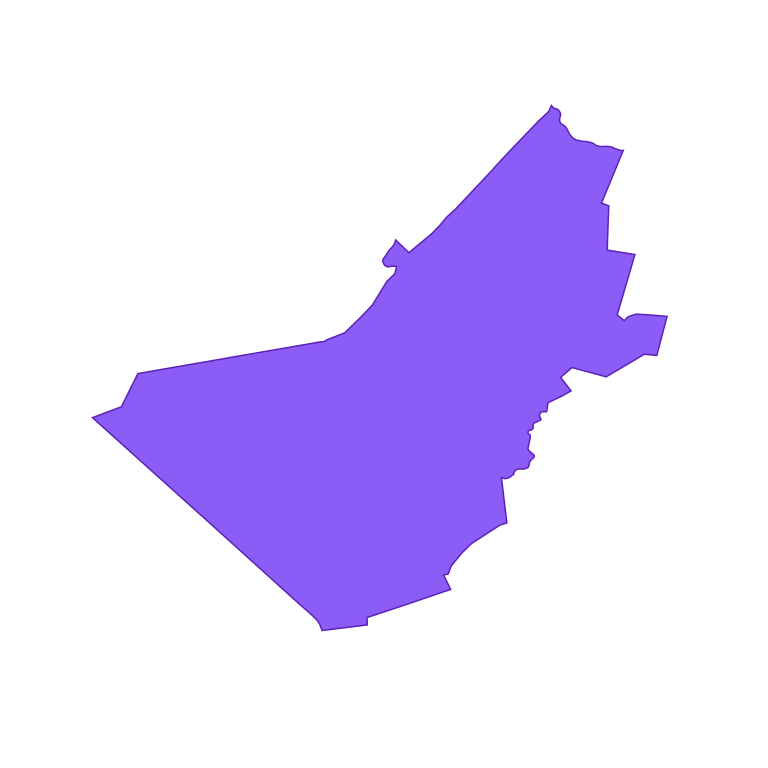 Olari, Arad, Romania (Robinson projection), rotated 346°
{"feature_id": "2599482B34473248507374", "entity_name": "Olari", "entity_type": "district", "adm_level": 2, "iso_a3": "ROU", "parent_name": "Romania", "parent_adm1": "Arad", "projection": "robinson", "projection_center": [21.573, 46.398], "detail": "fine", "context": "isolated", "style": "filled", "palette": "violet", "viewbox_px": 768, "rotation_deg": 346, "n_neighbors": 0, "source": "geoboundaries", "source_scale": "gbopen_adm2", "svg_char_len": 2660}
<svg xmlns="http://www.w3.org/2000/svg" viewBox="0 0 768 768"><g transform="rotate(346 384 384)"><path d="M469.6,548.6L470.6,541.0L470.7,540.0L471.6,532.7L475.3,503.5L476.6,504.1L478.1,505.0L479.9,505.3L482.0,505.2L484.2,504.6L486.4,503.6L488.1,502.7L488.7,501.4L489.9,500.3L490.7,499.3L491.9,499.2L493.3,499.1L494.8,499.1L495.9,499.3L497.1,500.0L498.7,500.3L501.6,500.2L503.3,499.9L504.4,499.1L506.4,495.0L508.5,493.2L510.6,492.1L511.9,491.2L512.5,490.2L512.4,489.4L511.7,488.3L511.2,487.6L510.7,486.8L508.3,483.5L508.0,481.5L510.8,475.9L513.1,471.1L513.5,469.2L513.1,468.2L512.2,467.3L511.8,466.5L512.3,465.4L512.7,464.5L513.9,464.2L516.0,464.2L517.5,463.5L517.9,463.1L518.3,462.2L518.6,460.7L518.7,459.6L520.0,458.4L521.7,457.7L523.3,457.7L525.0,457.3L527.1,456.9L527.8,456.1L527.7,455.1L527.3,453.9L527.1,452.6L527.6,451.4L528.1,450.4L529.9,449.3L531.1,449.2L533.6,449.8L534.3,450.2L534.9,450.3L535.3,449.9L538.6,441.8L553.9,438.7L563.8,435.9L557.0,420.3L570.4,413.5L601.3,430.8L643.7,418.1L655.6,422.3L675.0,386.9L661.7,382.3L645.8,377.2L637.4,377.7L632.4,380.6L627.0,373.3L658.8,319.1L633.1,308.1L635.3,299.8L645.2,265.5L638.8,261.1L661.1,230.9L672.7,215.2L671.2,215.1L668.4,213.6L664.9,211.4L663.2,209.8L660.5,208.2L656.4,207.0L651.1,205.9L647.2,203.7L646.0,202.0L644.7,200.7L641.8,199.0L638.7,197.6L634.5,196.2L629.3,193.6L626.6,190.7L624.9,187.5L624.1,184.9L623.6,182.2L623.1,180.2L622.2,178.2L620.4,175.8L619.0,174.6L618.2,172.7L618.2,171.2L618.2,170.0L618.6,169.3L619.5,167.3L620.6,165.3L620.6,163.3L619.8,160.8L617.9,158.7L615.4,157.4L613.8,154.3L609.8,159.4L607.7,160.6L597.5,166.3L563.4,187.7L544.0,200.3L542.7,201.4L524.5,213.1L495.7,231.6L485.5,237.1L476.2,243.8L465.9,250.1L456.3,254.7L448.2,258.6L440.0,262.6L431.6,249.4L430.2,247.0L428.6,249.5L427.3,251.3L425.0,253.2L422.1,254.9L420.8,256.0L416.7,259.8L413.4,262.6L412.9,263.6L412.4,265.0L412.6,266.1L413.1,268.5L414.6,270.5L416.4,271.4L417.8,271.5L419.4,271.5L420.9,271.8L424.7,273.1L421.1,279.7L411.6,285.1L391.7,304.7L390.8,305.2L378.4,313.1L358.2,324.9L339.5,327.2L336.4,328.3L330.7,327.6L254.0,322.0L166.6,315.7L156.7,315.0L152.1,314.7L148.1,314.4L147.8,314.3L137.3,326.6L124.5,341.6L123.7,342.5L123.3,342.6L123.0,342.6L120.7,342.9L107.3,344.4L103.3,344.9L98.4,345.5L96.1,345.8L94.8,345.9L94.2,346.0L93.0,346.1L93.9,347.5L98.4,354.1L141.6,418.1L180.0,474.9L248.2,576.4L257.3,589.5L261.6,596.3L263.5,601.5L264.3,608.2L309.5,613.7L311.1,606.5L352.9,603.3L382.0,600.8L399.0,599.4L395.6,583.8L395.7,583.6L400.2,584.0L405.3,576.7L418.4,567.0L428.4,561.0L430.8,559.8L449.4,553.4L462.5,548.9L465.3,548.8L466.8,548.7L469.6,548.6Z" fill="#8b5cf6" stroke="#5b21b6" stroke-width="1.5"/></g></svg>